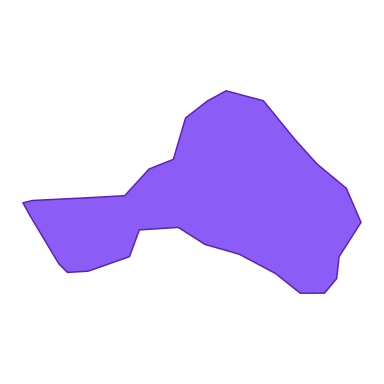 the district of Åstorp, Skåne, Sweden
{"feature_id": "70781695B3781926649981", "entity_name": "Åstorp", "entity_type": "district", "adm_level": 2, "iso_a3": "SWE", "parent_name": "Sweden", "parent_adm1": "Skåne", "projection": "orthographic", "projection_center": [13.009, 56.163], "detail": "fine", "context": "isolated", "style": "filled", "palette": "violet", "viewbox_px": 384, "rotation_deg": 0, "n_neighbors": 0, "source": "geoboundaries", "source_scale": "gbopen_adm2", "svg_char_len": 495}
<svg xmlns="http://www.w3.org/2000/svg" viewBox="0 0 384 384"><path d="M67.4,272.4L88.1,271.2L129.5,256.6L139.3,229.9L178.3,227.4L205.1,244.5L239.2,254.2L275.8,273.7L300.2,293.2L308.6,293.2L324.5,293.1L328.8,288.0L336.7,278.5L339.1,256.6L361.0,222.4L346.3,188.3L317.0,164.0L295.1,139.7L263.4,100.8L226.1,90.8L207.5,100.9L185.6,117.9L173.4,159.3L149.1,169.0L124.7,195.7L80.9,198.1L32.2,200.5L23.0,202.9L29.7,215.1L58.9,263.9L67.4,272.4Z" fill="#8b5cf6" stroke="#5b21b6" stroke-width="1.5"/></svg>